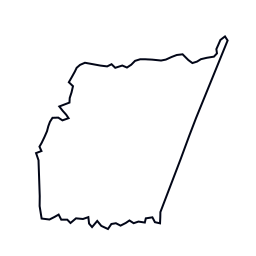 outline of Salto Veloso, Santa Catarina, Brazil, rotated 97°
{"feature_id": "56859067B73649711727745", "entity_name": "Salto Veloso", "entity_type": "district", "adm_level": 2, "iso_a3": "BRA", "parent_name": "Brazil", "parent_adm1": "Santa Catarina", "projection": "robinson", "projection_center": [-51.433, -26.893], "detail": "fine", "context": "isolated", "style": "outline", "palette": "ink", "viewbox_px": 256, "rotation_deg": 97, "n_neighbors": 0, "source": "geoboundaries", "source_scale": "gbopen_adm2", "svg_char_len": 1192}
<svg xmlns="http://www.w3.org/2000/svg" viewBox="0 0 256 256"><g transform="rotate(97 128 128)"><path d="M25.3,42.9L29.3,47.0L34.4,48.5L38.9,49.9L43.1,48.8L46.7,51.4L48.7,58.3L50.8,64.0L53.7,67.6L55.7,72.0L53.2,76.4L48.2,82.8L49.6,88.5L52.2,93.4L55.5,98.8L57.0,103.4L57.2,112.4L57.7,119.5L58.3,124.3L60.5,129.2L64.8,132.5L68.1,136.4L66.7,141.3L69.8,148.0L66.7,152.1L69.4,156.2L69.4,163.1L68.9,171.5L68.5,178.7L71.2,183.3L74.5,186.3L78.4,187.6L84.8,190.2L89.8,192.3L93.2,187.7L99.6,188.4L105.3,189.5L109.9,189.2L112.6,194.3L115.0,198.8L118.9,194.9L122.3,191.0L125.5,188.2L128.4,194.0L126.2,198.5L127.1,204.2L131.3,206.2L135.9,207.3L141.1,208.0L147.1,209.8L153.3,211.9L157.3,213.6L161.4,211.1L164.1,216.2L170.9,212.9L206.4,207.3L216.3,206.2L228.4,202.7L228.4,194.8L225.3,190.2L222.4,186.3L227.1,183.1L226.4,177.1L229.3,173.5L224.0,168.6L223.8,161.6L221.3,156.5L227.6,155.0L230.7,151.6L224.0,147.2L228.4,142.6L230.7,135.6L225.3,132.8L224.0,128.4L225.8,123.5L222.5,118.6L219.6,115.3L221.8,110.8L219.6,106.2L219.8,99.8L215.5,99.3L213.7,92.9L218.2,89.8L218.7,84.6L212.4,85.1L207.5,85.6L152.6,72.0L128.4,66.3L109.9,61.7L29.0,39.8L25.3,42.9Z" fill="none" stroke="#020617" stroke-width="2"/></g></svg>